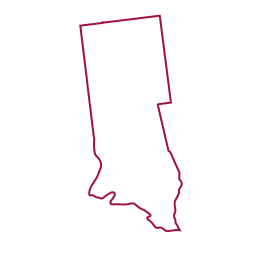 the State of North Darfur, rotated 353°
{"feature_id": "SDN-881", "entity_name": "North Darfur", "entity_type": "State", "adm_level": 1, "iso_a3": "SDN", "parent_name": "Sudan", "parent_adm1": "", "projection": "robinson", "projection_center": [25.452, 15.918], "detail": "fine", "context": "isolated", "style": "outline", "palette": "rose", "viewbox_px": 256, "rotation_deg": 353, "n_neighbors": 0, "source": "natural_earth", "source_scale": "10m", "svg_char_len": 2332}
<svg xmlns="http://www.w3.org/2000/svg" viewBox="0 0 256 256"><g transform="rotate(353 128 128)"><path d="M113.4,20.6L115.7,20.6L115.8,20.6L116.0,20.4L116.0,20.2L116.4,20.4L173.2,20.4L173.7,108.0L173.1,108.0L160.9,108.1L160.6,108.3L160.4,108.8L165.4,155.4L165.5,155.8L165.8,156.0L166.7,156.7L167.7,158.9L170.2,167.6L173.6,178.5L172.7,184.5L172.7,184.8L172.7,185.1L172.8,185.2L174.3,187.9L174.5,188.9L174.5,189.9L174.2,191.1L174.1,191.4L173.8,191.8L171.5,194.9L171.1,195.3L171.1,195.5L171.0,195.9L170.9,198.0L170.8,198.3L170.2,199.4L169.9,200.2L169.3,201.2L165.8,206.1L165.2,207.7L165.1,208.1L164.9,211.7L165.0,214.9L165.0,215.2L165.0,215.6L164.9,215.9L164.3,217.8L163.0,220.1L162.9,220.5L162.9,220.8L162.9,221.4L163.8,225.0L163.8,225.3L163.8,225.7L163.7,226.7L163.7,228.0L163.8,228.5L165.0,230.5L165.2,231.1L165.4,232.0L165.5,232.6L167.0,235.8L163.7,235.1L154.7,235.2L153.8,234.9L152.7,234.4L151.5,233.4L150.5,232.2L150.1,231.8L149.3,231.2L148.0,230.7L147.0,230.6L146.2,230.7L145.5,230.8L144.7,230.7L143.8,230.3L142.6,229.1L140.3,225.1L138.4,222.8L136.9,221.5L136.3,220.6L136.0,220.1L136.1,219.6L136.2,219.4L136.5,219.2L137.0,218.9L139.0,218.3L139.5,218.0L139.7,217.5L139.7,217.0L139.4,216.5L139.0,216.0L134.0,211.4L132.9,210.8L129.8,208.8L125.4,204.3L124.8,203.9L124.0,203.5L123.0,203.3L122.0,203.2L118.3,203.6L114.5,203.4L107.5,202.3L103.2,201.9L102.4,201.7L101.7,201.2L101.4,200.6L101.4,199.8L101.8,199.0L102.3,198.2L105.4,194.8L106.4,193.5L106.7,192.8L106.9,192.3L106.9,191.8L106.8,191.2L106.4,190.6L105.9,190.2L105.2,190.0L104.3,189.9L103.5,190.0L102.5,190.3L98.8,191.9L95.1,194.2L94.1,194.6L93.1,194.7L92.4,194.6L90.7,193.7L88.2,192.9L87.5,192.5L86.8,192.0L86.2,191.3L85.5,190.8L84.8,190.4L84.2,190.3L82.9,190.3L82.2,190.2L81.7,190.0L81.5,189.2L81.5,187.9L82.3,185.3L83.9,182.0L91.3,173.0L96.2,163.9L96.5,162.9L96.8,162.0L96.8,160.9L96.8,159.8L96.3,157.4L95.7,155.7L95.0,154.3L94.1,153.1L93.0,151.7L92.4,150.8L92.1,149.4L91.9,147.8L92.0,143.8L91.9,142.5L93.3,133.8L93.0,133.2L93.0,131.6L93.0,125.5L93.0,119.4L93.0,113.3L93.0,107.2L93.0,101.0L93.0,94.9L93.0,88.8L93.0,82.7L93.1,76.6L93.1,70.4L93.1,64.3L93.1,58.2L93.1,52.1L93.1,46.0L93.1,39.8L93.1,33.7L93.1,30.4L93.1,27.1L93.1,23.9L93.1,20.6L96.8,20.6L98.8,20.6L101.4,20.6L104.4,20.6L107.3,20.6L110.1,20.6L113.4,20.6Z" fill="none" stroke="#9f1239" stroke-width="2"/></g></svg>